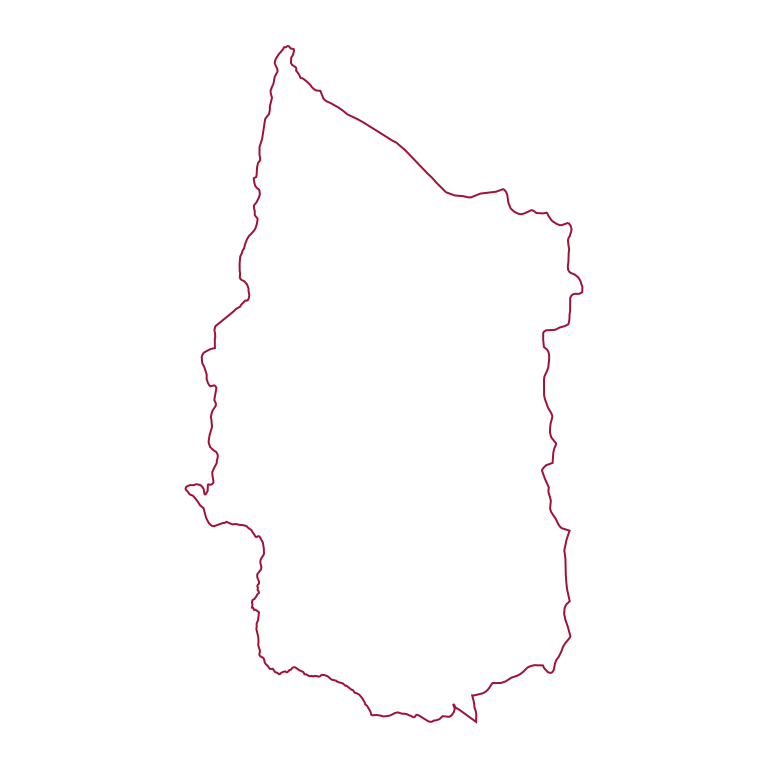 outline of Penipe, Chimborazo, Ecuador
{"feature_id": "8360857B23969397471508", "entity_name": "Penipe", "entity_type": "district", "adm_level": 2, "iso_a3": "ECU", "parent_name": "Ecuador", "parent_adm1": "Chimborazo", "projection": "equal_earth", "projection_center": [-78.46, -1.554], "detail": "fine", "context": "isolated", "style": "outline", "palette": "rose", "viewbox_px": 768, "rotation_deg": 0, "n_neighbors": 0, "source": "geoboundaries", "source_scale": "gbopen_adm2", "svg_char_len": 6089}
<svg xmlns="http://www.w3.org/2000/svg" viewBox="0 0 768 768"><path d="M396.1,142.4L392.4,140.6L363.0,122.2L357.4,119.1L347.4,114.4L342.2,110.1L338.1,107.3L331.0,103.3L326.0,101.0L323.5,98.7L320.4,90.9L316.1,90.4L314.4,89.5L312.0,87.3L310.5,85.1L306.2,81.0L302.9,78.5L300.6,77.9L299.0,74.5L296.1,70.5L296.3,68.6L295.8,67.3L292.2,65.0L291.0,63.2L291.2,57.5L293.1,54.7L294.0,50.4L293.7,49.1L290.6,48.4L288.8,46.2L287.5,46.1L285.8,47.3L284.3,47.2L283.7,47.7L283.4,48.9L278.8,54.2L276.0,58.5L274.9,61.4L274.8,63.6L277.4,69.2L277.5,71.6L274.7,76.9L273.4,84.0L272.6,85.4L270.6,90.4L270.7,93.1L272.0,97.8L269.8,106.6L269.9,109.7L269.0,114.1L265.5,118.4L265.0,120.0L262.1,139.1L259.5,147.0L259.5,154.8L260.2,158.2L260.0,160.5L258.1,162.9L257.1,167.1L256.6,175.1L256.1,177.1L254.2,177.9L253.7,178.7L254.5,183.4L255.2,185.8L256.7,187.9L259.2,189.7L259.8,192.9L259.7,195.1L258.9,197.5L256.6,202.2L253.9,205.5L254.0,208.3L254.8,211.4L254.7,214.6L255.0,215.5L257.2,218.1L257.6,219.0L257.3,221.3L256.7,224.5L255.3,228.7L254.0,230.7L248.8,236.2L246.9,239.5L245.0,244.5L244.1,248.3L242.6,250.5L242.0,253.0L240.5,255.8L240.1,257.8L239.6,263.8L239.7,271.0L240.1,273.1L239.8,277.6L240.5,279.0L241.6,280.0L244.1,281.1L247.1,284.5L248.6,288.8L248.5,290.7L249.3,294.9L249.1,297.1L248.2,299.7L247.0,300.6L245.1,300.6L240.8,305.2L240.2,306.6L235.9,309.0L233.7,311.3L215.4,326.2L214.4,329.9L215.1,334.0L215.2,337.2L214.8,338.9L214.9,348.1L210.1,349.2L203.7,352.7L202.3,355.0L201.7,357.0L202.2,363.0L204.1,366.6L205.9,371.9L206.7,374.7L206.6,378.9L207.9,382.9L209.3,385.3L210.3,386.3L214.3,385.4L215.4,386.1L216.4,387.9L214.3,400.0L215.8,403.3L215.9,404.5L215.7,405.9L212.7,410.4L211.6,413.2L210.8,417.7L211.3,418.8L212.0,427.1L209.6,435.1L208.7,440.7L208.7,442.7L210.1,447.0L213.0,449.8L216.3,452.1L217.6,454.6L217.8,455.7L217.6,458.1L216.8,460.7L216.8,462.9L213.5,469.1L212.2,472.5L212.5,476.1L213.4,480.6L213.4,482.5L213.0,483.3L211.9,484.2L210.3,484.8L208.3,484.4L207.9,484.9L207.6,491.1L205.6,494.4L205.0,494.4L204.4,493.8L203.7,489.2L202.6,487.3L201.0,485.5L199.6,484.8L196.5,484.3L195.3,484.4L194.2,485.1L189.7,485.2L186.5,486.6L185.9,487.4L185.6,488.8L185.9,489.8L187.9,491.8L189.0,493.6L190.1,494.6L192.8,495.6L193.5,496.3L197.2,500.8L200.2,505.5L203.5,508.1L206.2,518.1L209.0,523.4L211.6,525.7L214.1,526.2L222.6,523.1L224.7,522.9L226.5,521.8L232.3,524.4L236.1,524.0L239.6,524.9L243.5,525.2L246.6,526.2L248.6,528.2L251.2,529.9L255.7,536.9L256.5,537.1L258.0,536.2L259.4,536.4L262.5,541.8L263.0,543.2L263.8,548.5L264.0,553.3L263.6,554.9L261.8,557.4L260.5,560.1L260.3,562.6L261.4,567.2L261.0,569.4L257.2,574.4L257.3,577.4L259.0,581.7L258.9,583.7L257.8,584.8L257.3,586.2L257.9,587.5L257.6,589.9L258.5,591.1L259.0,592.8L257.2,594.6L256.4,596.3L254.4,599.0L252.5,600.1L251.9,602.4L252.5,604.8L251.9,607.6L253.3,608.0L254.1,610.0L255.2,609.7L256.2,610.2L259.0,612.3L258.0,620.4L256.9,622.7L256.6,624.0L256.7,627.2L256.3,628.7L258.3,637.4L258.5,642.2L258.2,645.2L259.9,650.5L259.9,652.0L259.3,654.1L259.5,655.1L260.4,656.4L263.2,657.8L264.1,659.4L264.7,662.4L265.6,663.9L267.4,665.6L270.0,669.0L272.8,668.8L275.1,672.1L277.3,672.8L279.0,674.2L280.2,673.9L281.1,672.8L283.6,671.7L285.3,671.4L286.5,672.3L287.4,672.2L289.5,670.0L290.9,669.7L292.3,667.9L293.4,667.3L295.4,667.4L299.1,670.1L303.4,672.1L304.5,674.3L306.3,674.4L309.4,676.2L311.8,675.9L313.0,676.4L314.6,676.0L316.9,676.1L318.6,676.7L320.2,676.3L320.9,675.4L321.9,674.9L324.3,675.0L327.8,676.4L331.5,679.6L336.2,680.7L337.5,681.9L342.6,683.3L345.5,685.8L346.2,685.7L347.2,686.2L351.2,689.5L353.2,690.3L354.6,692.7L356.2,693.0L359.3,694.7L362.2,698.2L365.0,703.0L365.2,704.3L367.2,706.0L370.4,711.5L371.3,714.8L372.2,715.3L376.4,715.0L380.3,715.5L383.0,716.4L387.3,716.1L390.6,715.3L395.0,713.0L397.8,712.4L402.5,713.8L403.9,713.6L407.0,714.2L409.0,715.3L411.0,715.8L412.6,717.0L413.6,717.3L414.5,717.1L416.3,715.0L417.2,714.8L419.1,715.6L428.3,721.3L429.9,721.8L431.9,721.7L434.1,720.4L435.4,720.5L439.4,719.2L442.6,716.2L449.2,716.8L451.5,715.5L453.8,712.2L454.7,709.0L454.7,708.3L453.5,705.6L453.4,703.9L455.8,707.8L459.4,709.8L476.1,721.9L476.3,714.4L475.9,711.6L474.6,708.0L473.9,702.1L472.2,695.4L474.3,695.4L483.1,693.2L485.9,691.5L488.4,689.1L492.4,683.1L500.7,683.0L505.4,681.5L511.5,677.6L517.3,675.7L520.5,673.9L523.0,672.0L527.4,667.6L530.8,666.0L534.4,665.2L542.9,665.4L544.2,668.2L548.1,672.4L550.6,672.9L552.1,672.4L553.7,670.2L555.0,663.5L556.1,660.4L558.9,656.5L561.5,651.1L562.9,647.1L564.9,643.7L569.7,637.8L570.4,636.2L567.8,626.7L565.3,619.6L564.1,613.6L564.6,608.2L565.4,606.1L566.4,604.4L569.7,601.2L567.1,589.4L566.4,583.3L565.8,574.9L565.4,558.3L564.3,550.4L566.6,539.4L569.6,530.7L561.5,528.1L559.7,526.3L558.3,524.2L555.7,518.8L551.0,511.8L550.1,508.3L550.8,501.4L550.7,499.8L548.5,492.3L548.4,491.2L548.8,487.4L544.9,478.7L542.0,470.6L542.3,469.5L543.4,468.0L546.0,465.3L552.6,462.9L553.3,452.6L554.3,448.4L556.1,444.3L555.9,443.2L551.3,437.4L550.5,434.8L550.0,432.3L550.1,427.8L550.6,423.6L552.3,417.1L552.2,415.4L551.2,413.1L548.0,407.7L544.8,398.7L544.1,395.3L544.0,379.4L544.4,376.6L547.2,370.5L548.3,367.2L549.2,358.8L549.1,354.7L548.5,352.2L547.1,349.6L543.9,346.9L543.2,340.0L543.2,334.7L543.2,333.2L543.8,331.8L546.1,330.3L555.2,329.8L559.4,327.6L564.8,326.1L568.2,324.4L568.9,322.6L569.4,319.4L569.6,314.2L570.1,311.0L570.2,297.8L571.5,295.5L572.9,294.4L575.1,293.8L579.1,293.9L582.2,292.2L582.4,287.2L580.4,280.8L578.3,277.4L574.8,274.6L570.9,273.0L569.5,272.0L568.2,270.0L567.8,266.7L568.4,261.8L568.7,252.8L569.2,249.3L568.4,244.8L568.0,240.6L568.3,238.5L569.6,236.3L571.2,231.5L571.5,228.7L570.7,226.0L569.0,223.5L567.5,223.1L561.5,225.2L559.9,225.2L557.0,224.1L553.3,221.8L551.5,220.3L548.3,215.6L547.2,213.1L546.6,212.7L543.0,213.4L536.4,213.0L533.5,210.8L531.6,210.1L524.6,213.3L521.4,214.2L519.3,214.0L516.3,212.9L514.0,211.5L510.7,208.5L508.4,202.9L507.2,194.6L506.2,192.2L505.0,190.6L504.2,189.7L503.0,189.2L496.2,191.7L480.3,193.6L470.9,197.4L468.0,197.3L462.9,196.1L454.9,195.5L446.1,192.3L436.7,183.0L431.8,177.5L427.9,173.9L405.4,150.4L396.1,142.4Z" fill="none" stroke="#9f1239" stroke-width="2"/></svg>